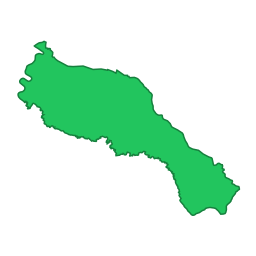 outline of Andalucía, Valle del Cauca, Colombia, rotated 357°
{"feature_id": "7082276B16460113853729", "entity_name": "Andalucía", "entity_type": "district", "adm_level": 2, "iso_a3": "COL", "parent_name": "Colombia", "parent_adm1": "Valle del Cauca", "projection": "albers", "projection_center": [-76.175, 4.142], "detail": "fine", "context": "isolated", "style": "filled", "palette": "green", "viewbox_px": 256, "rotation_deg": 357, "n_neighbors": 0, "source": "geoboundaries", "source_scale": "gbopen_adm2", "svg_char_len": 5846}
<svg xmlns="http://www.w3.org/2000/svg" viewBox="0 0 256 256"><g transform="rotate(357 128 128)"><path d="M235.6,192.3L233.0,191.6L231.6,190.6L230.9,189.9L229.2,189.2L228.8,188.6L229.5,187.0L229.4,186.1L229.0,185.7L227.8,185.4L226.0,184.0L223.3,182.7L222.6,182.0L222.4,181.1L222.5,179.2L221.7,178.3L220.7,177.6L220.2,176.6L220.5,175.9L221.7,175.2L221.8,174.5L221.5,174.0L220.7,173.9L220.0,173.4L220.5,170.8L220.2,169.6L219.1,169.4L217.3,168.1L216.8,168.0L215.7,168.2L214.3,169.4L213.7,169.6L212.1,169.8L211.6,169.5L211.4,169.0L210.4,163.0L209.9,162.2L207.1,161.1L201.7,157.9L197.3,154.0L191.4,152.4L188.1,150.6L187.1,149.2L186.2,146.6L184.6,143.7L183.3,139.9L182.8,137.4L182.0,135.9L177.5,132.6L172.8,129.9L171.6,129.0L170.4,125.9L167.8,122.9L163.8,121.0L162.9,119.1L162.9,117.6L162.5,116.9L161.5,116.8L159.4,116.9L157.6,115.9L156.7,115.1L154.6,111.8L154.1,110.4L154.2,107.3L153.4,104.9L153.1,101.9L153.0,101.0L153.8,97.0L153.8,96.1L153.4,95.3L152.5,94.1L151.3,93.3L150.0,90.9L149.2,90.5L148.2,89.1L146.3,87.6L145.4,85.5L144.2,84.0L142.8,82.6L142.0,81.2L140.6,79.6L139.4,78.8L137.0,77.8L132.3,77.8L131.8,77.3L131.7,76.6L130.3,76.3L130.2,75.4L127.1,75.2L120.0,69.7L118.8,72.6L115.7,70.7L110.8,68.6L110.5,69.2L104.3,67.7L96.1,67.7L86.5,63.8L76.4,63.8L71.2,63.2L61.3,57.2L59.1,55.3L57.7,53.3L56.8,53.5L56.0,52.5L56.6,50.4L56.8,48.5L55.4,46.8L54.5,46.2L54.6,45.1L54.4,44.7L53.5,44.5L52.2,45.1L51.9,44.9L52.0,44.2L50.0,43.7L50.0,41.0L50.6,38.1L48.7,37.1L46.9,38.0L44.4,38.2L43.3,38.5L40.7,39.9L38.8,41.2L39.6,42.0L42.4,43.9L47.3,47.8L47.6,48.3L47.6,49.2L46.9,49.9L46.2,50.0L43.7,49.1L42.9,49.0L40.9,49.5L39.7,50.3L39.3,51.0L38.9,54.5L38.6,55.5L37.5,56.9L35.6,58.6L32.0,59.9L30.3,61.0L29.3,63.9L28.6,65.2L28.3,66.3L28.4,67.8L29.2,69.0L33.1,71.4L34.0,72.2L34.5,73.1L34.3,74.4L33.0,75.7L31.5,76.2L30.9,76.1L29.8,75.5L26.9,73.3L26.0,72.9L25.3,72.9L24.1,73.3L23.1,74.2L22.4,75.3L22.3,76.2L22.6,77.3L26.5,80.9L27.1,81.9L27.1,83.4L26.4,84.9L24.6,86.2L22.2,86.5L20.8,87.2L20.0,88.3L20.0,89.7L20.4,91.2L21.9,93.2L25.3,95.9L26.0,96.9L26.7,96.1L27.3,96.0L27.4,97.0L28.3,96.8L28.3,97.2L29.0,97.6L28.9,97.9L28.2,98.1L28.7,98.9L28.6,99.4L27.7,99.6L27.4,100.1L27.7,100.7L29.7,101.9L29.8,102.2L28.7,103.1L28.8,103.5L29.3,103.6L30.2,103.3L30.9,103.4L31.2,103.2L31.9,101.7L33.5,99.8L34.1,98.6L34.9,98.4L36.8,99.5L37.9,100.9L38.5,102.0L39.0,101.9L39.7,102.4L40.2,102.3L41.3,103.0L42.1,104.6L41.4,105.0L41.3,105.6L41.8,106.1L43.3,106.1L43.9,107.3L43.3,108.5L43.2,109.2L43.9,110.3L44.4,110.4L42.4,111.6L42.4,112.3L42.5,112.6L42.9,112.6L42.9,113.1L42.4,113.2L42.6,113.5L44.3,114.0L44.2,115.0L43.7,115.6L45.0,116.8L44.6,119.2L45.2,119.7L45.7,119.7L46.4,120.3L47.3,122.2L47.7,122.3L48.9,122.0L49.5,122.4L49.7,123.2L50.1,123.3L51.7,122.0L52.8,122.0L53.2,122.3L53.3,123.0L53.7,123.4L54.9,123.4L54.4,124.3L54.9,124.8L56.0,125.1L57.0,124.8L57.5,125.3L58.8,125.6L61.2,127.4L62.9,127.3L64.7,129.5L67.5,130.6L68.2,131.3L69.3,131.6L70.0,132.0L71.0,131.9L71.6,132.2L72.2,132.2L72.9,132.5L75.3,132.8L75.5,133.1L75.2,133.5L75.4,133.8L76.7,133.5L76.9,133.9L76.6,134.9L77.1,135.5L77.7,135.4L78.3,134.4L78.6,134.5L78.8,135.3L79.2,135.4L79.6,135.2L79.6,134.8L79.9,134.4L80.4,134.6L81.4,134.2L82.4,134.6L82.9,134.4L83.4,135.4L84.0,135.6L84.7,136.4L85.7,136.3L86.6,136.8L87.5,136.3L88.2,136.2L91.1,139.2L92.2,138.7L93.1,139.4L95.5,139.7L95.9,139.2L95.8,138.0L97.3,137.4L98.0,137.6L99.1,136.5L100.1,136.6L100.1,135.3L101.3,135.3L102.0,134.9L104.8,136.3L106.2,135.8L107.0,136.6L107.1,138.3L105.8,140.0L105.6,141.1L106.1,141.4L107.1,141.0L107.3,141.3L106.4,142.3L106.3,142.7L106.6,142.7L107.4,142.0L108.4,141.5L108.9,139.4L110.5,139.9L110.3,141.1L111.2,142.4L111.3,143.3L110.8,143.9L109.6,144.4L109.1,144.9L109.0,146.4L109.3,146.7L109.6,146.2L110.0,146.3L110.1,146.6L109.9,147.5L110.1,147.8L111.5,147.4L112.5,147.9L112.8,148.2L112.8,149.4L113.7,149.0L114.2,149.0L114.1,150.0L113.6,150.9L115.1,152.8L114.5,154.1L114.6,155.0L118.2,154.7L119.7,153.8L121.2,153.9L121.7,153.1L122.4,153.5L122.9,154.5L124.3,154.7L124.9,154.3L125.2,153.4L125.9,152.7L126.0,152.2L126.3,152.1L128.8,153.3L128.8,154.4L128.2,155.6L128.4,156.1L130.1,155.7L131.1,156.0L131.4,155.7L131.5,154.8L132.1,154.6L132.8,154.9L133.4,155.7L134.9,155.5L136.5,155.7L137.1,155.3L137.2,154.0L137.6,153.5L139.3,153.0L140.4,153.4L140.9,153.3L142.3,152.2L142.6,152.2L143.4,152.4L144.2,152.9L143.5,154.0L143.6,154.7L144.1,155.3L144.9,155.7L147.6,156.4L147.5,156.9L146.6,157.7L146.7,158.1L147.0,158.4L147.7,158.4L149.1,159.1L150.5,157.9L150.9,157.8L152.0,158.5L152.6,159.9L152.8,160.0L154.4,159.6L155.8,160.0L156.6,159.1L156.8,159.2L157.1,160.3L158.1,160.3L158.6,160.5L158.3,162.1L159.1,162.2L160.1,163.7L162.6,163.8L162.8,164.6L163.7,164.3L164.2,165.0L164.4,165.7L164.7,165.7L165.0,165.3L165.2,165.9L165.8,166.2L166.0,166.7L165.5,167.1L165.4,167.8L164.7,168.0L164.0,168.8L164.1,169.2L164.6,169.6L165.4,169.7L165.8,170.4L166.7,170.3L166.9,170.7L166.3,171.2L166.2,171.9L168.1,172.6L168.8,173.7L169.5,173.7L169.8,174.0L169.4,174.8L169.8,175.6L171.4,176.0L171.4,176.4L170.6,176.7L170.9,178.2L171.5,178.2L171.6,178.4L170.7,179.0L171.4,180.7L171.1,181.2L171.7,181.7L172.5,181.8L172.3,182.4L172.9,183.0L172.6,184.1L172.7,185.1L173.5,187.2L173.9,187.4L174.0,188.3L174.7,188.7L174.7,190.7L175.9,192.3L175.8,193.2L176.1,194.0L175.1,194.8L176.3,196.8L175.6,197.5L175.5,198.2L177.3,201.2L176.2,202.6L176.1,203.1L176.7,204.3L179.9,208.4L179.9,209.0L180.5,209.9L182.5,212.0L183.6,214.2L185.2,215.7L186.8,217.9L188.0,218.5L189.2,218.5L190.4,218.0L191.5,217.1L194.9,216.2L198.0,214.3L200.3,213.6L201.2,212.4L203.1,211.9L205.6,211.6L209.7,212.4L211.2,212.9L213.9,215.6L216.1,218.9L218.6,218.9L220.4,218.5L221.2,217.4L222.0,214.8L222.1,211.2L223.1,209.8L225.9,207.6L227.0,206.4L227.0,205.9L228.1,204.2L228.7,202.5L231.6,199.3L232.6,197.2L233.6,196.9L234.5,196.0L236.0,195.1L236.0,193.9L235.6,192.3Z" fill="#22c55e" stroke="#15803d" stroke-width="1.5"/></g></svg>